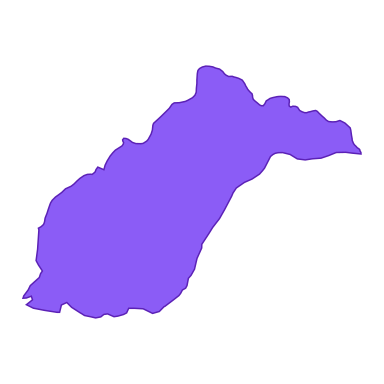 the district of Madobi, Kano, Nigeria
{"feature_id": "59680162B5579026585541", "entity_name": "Madobi", "entity_type": "district", "adm_level": 2, "iso_a3": "NGA", "parent_name": "Nigeria", "parent_adm1": "Kano", "projection": "orthographic", "projection_center": [8.387, 11.817], "detail": "fine", "context": "isolated", "style": "filled", "palette": "violet", "viewbox_px": 384, "rotation_deg": 0, "n_neighbors": 0, "source": "geoboundaries", "source_scale": "gbopen_adm2", "svg_char_len": 3262}
<svg xmlns="http://www.w3.org/2000/svg" viewBox="0 0 384 384"><path d="M361.0,154.0L360.9,152.4L360.1,151.1L359.7,149.6L358.7,148.6L357.4,147.9L355.9,146.2L354.8,145.2L354.3,144.6L353.5,143.5L352.8,141.8L352.2,140.3L352.1,138.7L351.5,135.4L350.8,130.3L350.2,127.9L346.2,124.2L345.0,123.1L342.7,121.9L339.9,120.5L337.6,121.2L336.1,121.7L334.5,121.8L332.8,121.9L331.2,121.8L329.2,121.6L328.4,121.5L327.6,120.9L326.5,120.3L326.2,120.0L325.7,119.5L324.4,118.1L322.0,116.0L320.0,114.1L319.5,113.7L319.0,113.2L317.6,111.7L317.2,111.3L315.7,110.5L314.3,110.7L312.7,111.0L310.9,111.5L309.8,111.8L308.5,112.0L306.7,112.7L304.7,112.7L302.1,111.8L301.2,111.3L299.7,110.5L298.8,109.2L298.1,108.1L297.6,107.3L295.6,106.4L292.8,106.2L290.7,107.1L289.2,106.0L289.0,104.0L289.4,101.8L289.2,99.5L287.6,97.9L284.8,96.6L282.7,96.5L280.7,96.4L278.7,96.5L276.9,96.7L275.2,97.1L273.2,97.5L270.1,98.4L267.7,100.0L266.3,100.8L265.8,101.8L264.7,104.0L264.1,104.6L263.4,105.7L261.2,105.7L259.6,104.9L257.3,102.9L255.2,101.2L253.3,99.4L252.6,97.3L252.5,95.6L252.0,93.7L250.9,92.8L249.7,91.6L248.8,90.6L247.7,89.3L246.8,87.6L245.7,85.9L244.9,84.0L242.9,81.0L242.1,80.0L238.6,78.3L235.8,77.4L234.4,77.1L234.2,77.0L233.9,76.9L233.7,76.9L233.4,76.8L233.1,76.6L232.9,76.6L232.2,76.3L230.0,76.4L228.7,76.5L226.7,75.5L226.4,75.4L224.5,73.9L222.7,71.5L219.6,69.1L215.4,68.0L212.9,66.9L209.4,66.3L205.8,66.1L202.3,67.0L199.6,68.5L198.4,69.8L197.8,70.9L197.3,73.7L196.9,80.0L196.9,83.3L196.4,88.1L196.2,92.3L194.9,95.3L192.5,97.7L187.8,100.3L185.4,101.4L179.4,102.7L174.2,102.9L172.0,104.4L169.3,108.3L166.7,110.9L161.1,116.4L158.1,119.2L153.6,123.3L152.9,125.2L152.6,127.9L152.4,130.0L151.1,134.1L148.2,139.4L146.7,141.1L143.1,143.4L140.9,143.7L135.9,143.6L132.4,142.4L130.3,140.8L128.2,139.3L126.0,138.5L123.8,138.3L122.6,139.8L122.8,141.0L123.6,142.6L123.2,144.3L121.9,146.0L115.4,150.1L112.8,152.8L110.2,156.0L107.2,160.9L105.1,165.2L103.9,169.7L97.8,167.1L96.0,169.6L95.2,171.8L93.7,173.2L92.1,174.4L90.7,174.2L87.3,174.4L84.0,175.6L79.9,178.4L77.1,180.9L74.0,184.0L71.2,186.2L65.5,188.8L61.8,192.4L58.6,194.8L55.5,197.0L52.2,200.3L50.6,202.9L50.0,204.4L48.2,209.6L47.0,213.4L45.7,216.6L45.1,218.2L44.6,221.5L44.1,223.2L43.5,224.5L41.1,226.7L38.4,228.2L38.9,229.9L37.6,249.2L36.1,260.6L38.4,264.9L42.4,271.0L40.6,273.6L39.3,277.5L30.3,285.6L28.2,289.9L23.8,295.8L23.0,298.2L26.4,298.0L31.3,296.2L32.5,299.8L26.4,304.7L33.4,308.2L44.8,310.4L57.0,312.3L59.6,312.3L61.4,305.0L66.8,302.5L71.6,307.3L80.3,312.9L81.4,313.5L84.5,315.5L90.4,316.7L95.6,317.9L100.8,316.9L103.9,314.4L107.6,313.9L114.0,316.7L117.9,316.1L123.5,314.5L126.6,312.9L128.7,308.3L134.4,308.3L143.2,308.8L152.6,313.4L159.3,311.5L164.1,306.6L164.8,306.4L173.0,300.2L176.2,297.7L178.9,295.6L180.6,293.4L182.4,290.0L185.6,288.2L187.0,285.6L188.4,278.3L191.0,275.4L194.6,269.0L194.6,268.7L197.0,258.4L201.7,248.0L201.8,244.3L208.9,233.5L212.7,227.4L219.5,218.6L224.6,209.6L231.6,196.3L233.0,193.0L236.3,188.0L244.4,182.4L252.1,179.0L259.5,174.1L262.7,170.5L264.5,168.2L270.5,156.5L272.8,154.6L275.2,153.3L278.1,152.7L282.6,152.6L290.3,154.5L290.8,154.9L297.3,158.9L305.2,159.9L312.3,158.8L320.5,158.2L320.9,158.2L328.6,155.6L336.2,152.5L345.7,152.3L352.0,153.1L361.0,154.0Z" fill="#8b5cf6" stroke="#5b21b6" stroke-width="1.5"/></svg>